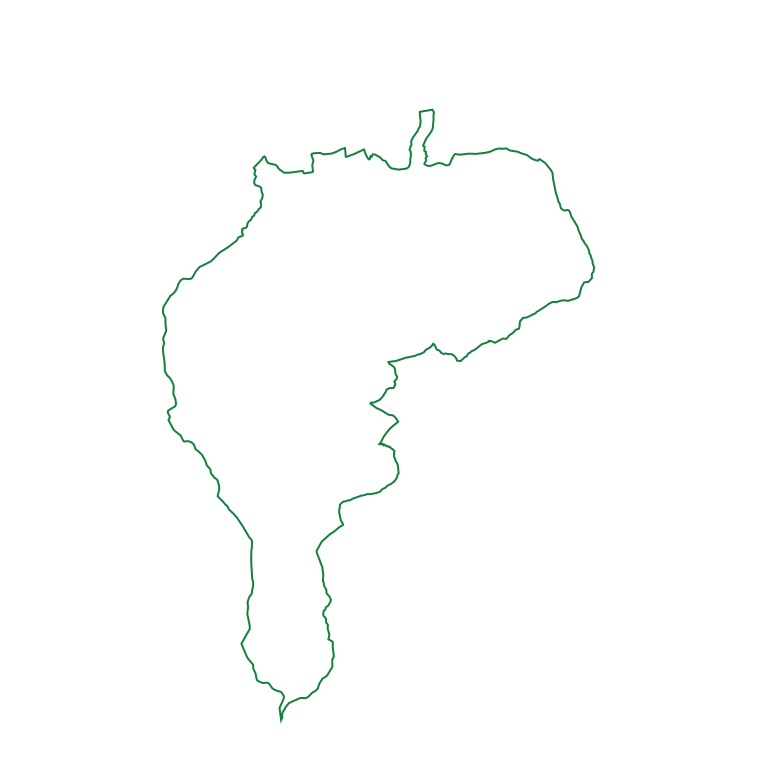 Ciucea, Cluj, Romania (Equal Earth projection), rotated 334°
{"feature_id": "2599482B63586839383412", "entity_name": "Ciucea", "entity_type": "district", "adm_level": 2, "iso_a3": "ROU", "parent_name": "Romania", "parent_adm1": "Cluj", "projection": "equal_earth", "projection_center": [22.834, 46.944], "detail": "fine", "context": "isolated", "style": "outline", "palette": "green", "viewbox_px": 768, "rotation_deg": 334, "n_neighbors": 0, "source": "geoboundaries", "source_scale": "gbopen_adm2", "svg_char_len": 6166}
<svg xmlns="http://www.w3.org/2000/svg" viewBox="0 0 768 768"><g transform="rotate(334 384 384)"><path d="M617.6,379.8L618.0,378.2L619.4,375.9L621.5,374.9L624.1,371.0L624.3,367.2L625.4,364.8L625.3,363.2L626.1,358.9L625.8,356.3L626.6,354.9L626.8,351.9L626.8,348.7L626.0,345.0L626.1,342.9L625.4,340.6L626.0,336.6L626.2,331.0L626.9,327.2L625.8,315.7L626.5,310.6L626.2,308.9L625.6,308.3L622.6,307.3L621.3,306.3L620.0,303.5L621.0,299.3L620.7,296.7L621.6,292.7L622.1,288.1L625.7,274.3L627.9,268.3L627.9,265.4L625.9,256.3L622.5,250.2L621.7,250.1L620.2,250.8L616.9,247.8L615.6,246.2L612.8,240.8L608.1,236.4L606.3,234.1L599.3,229.1L597.4,226.0L593.2,224.3L590.8,222.8L586.4,221.8L581.6,221.8L575.9,220.5L567.8,217.6L561.6,214.3L552.8,211.2L548.8,208.5L547.5,208.8L543.0,212.0L539.9,214.9L538.0,215.6L535.6,214.6L533.2,211.7L530.7,209.7L528.5,209.0L521.8,208.4L519.5,207.5L517.6,205.7L516.8,203.9L517.2,203.3L520.0,201.5L520.3,199.3L522.7,198.1L522.2,196.0L523.5,193.7L522.6,192.7L522.6,191.8L524.5,188.5L523.6,187.1L523.8,186.7L529.3,182.1L536.2,178.4L538.7,176.7L540.4,174.8L544.5,168.0L546.3,164.1L548.0,161.8L547.8,158.7L535.6,155.1L533.8,158.8L532.3,163.5L530.0,167.3L528.6,168.7L526.8,169.6L525.9,170.9L517.8,175.3L514.6,178.1L513.5,181.1L512.2,181.9L509.7,184.6L509.8,187.2L508.5,190.2L506.2,193.4L504.4,197.0L502.0,199.3L500.4,200.0L498.4,200.2L491.1,197.7L485.2,193.4L484.0,191.0L483.1,184.2L481.0,182.3L479.9,178.7L476.4,173.6L474.6,172.7L472.6,174.2L472.4,173.4L471.7,173.3L469.7,175.7L468.8,175.4L468.3,173.5L468.3,169.3L468.8,164.4L457.9,164.2L449.4,163.3L449.4,162.3L451.0,158.8L452.3,154.8L448.7,154.2L442.6,154.4L437.8,153.9L430.2,151.0L428.2,148.6L426.9,147.8L421.8,145.8L420.1,145.5L419.1,146.5L418.6,152.0L415.5,155.8L413.3,162.0L412.1,162.1L404.7,159.8L404.2,158.9L404.6,157.3L404.1,156.8L390.3,152.1L386.8,150.2L383.9,144.9L383.3,141.1L382.7,139.6L378.3,136.1L376.5,134.2L376.3,130.7L376.8,128.6L376.3,127.0L375.3,127.0L372.0,128.8L361.8,132.5L361.6,133.4L362.3,135.0L359.4,138.7L360.0,141.5L357.1,143.9L355.9,145.5L355.3,146.9L355.7,149.0L358.3,151.3L359.6,154.0L358.2,157.6L358.1,160.6L356.2,163.5L352.7,166.0L352.5,168.2L350.6,171.3L348.0,171.9L345.9,173.3L342.9,173.9L340.9,175.8L338.7,176.0L336.8,177.8L333.0,179.0L331.9,179.7L329.5,182.7L328.0,183.1L324.9,182.4L324.2,182.9L324.1,183.9L322.9,185.1L322.6,186.2L322.8,187.8L321.9,188.8L317.5,188.3L314.6,190.5L303.7,192.7L293.2,193.9L285.8,196.8L281.9,197.9L269.5,198.0L263.9,200.4L259.1,203.9L257.3,204.8L255.1,204.4L249.9,201.4L247.6,201.5L246.0,202.0L242.7,204.2L240.4,206.7L237.7,208.8L234.6,210.2L230.7,211.1L219.8,217.8L217.1,221.9L216.5,223.5L216.4,229.2L214.1,233.7L211.6,240.7L205.7,245.9L204.8,248.2L204.3,251.1L201.7,253.8L199.7,257.8L196.1,268.9L192.7,276.3L192.8,280.9L194.2,284.8L194.5,287.6L194.5,292.1L193.8,294.3L190.3,300.6L189.8,306.5L188.3,310.9L186.5,312.5L178.8,313.2L177.9,313.6L177.0,315.5L177.3,317.9L177.1,319.6L176.2,320.7L174.5,321.8L174.8,332.3L175.4,334.3L178.7,341.3L178.7,347.4L179.4,348.3L181.6,348.9L183.5,350.0L185.6,352.4L186.6,355.1L186.0,359.9L187.5,362.8L189.3,367.7L189.8,373.9L189.1,379.3L190.5,384.8L189.4,388.1L189.4,389.5L190.2,391.8L190.3,393.5L192.0,396.5L192.1,398.5L190.9,403.9L189.8,406.4L185.9,411.0L185.3,412.1L187.9,419.7L188.6,423.0L189.7,425.0L189.6,428.6L191.8,434.5L193.3,439.8L194.8,451.2L195.7,462.9L196.5,465.4L196.6,467.1L193.7,472.8L191.4,476.2L186.6,485.8L180.1,501.5L179.7,504.4L177.9,508.1L174.9,511.8L173.5,514.2L169.3,516.6L165.8,520.2L163.8,525.3L160.4,530.6L157.5,541.8L156.1,545.2L142.0,554.9L141.2,568.9L141.5,571.6L143.3,578.9L141.7,582.7L141.7,587.7L140.5,591.8L140.1,594.3L140.9,596.2L144.1,599.8L147.7,601.0L149.3,602.7L150.2,608.3L151.5,610.7L153.4,612.9L156.5,615.6L157.2,620.1L156.8,621.6L155.6,623.1L148.1,629.4L144.2,641.0L146.4,639.2L147.4,636.6L149.4,634.3L152.5,632.5L153.4,631.5L158.7,629.1L170.2,629.4L172.2,629.9L175.6,631.9L178.7,632.0L184.3,630.0L187.5,629.8L190.9,628.8L194.5,625.0L199.5,621.9L204.9,621.2L213.6,615.6L216.7,609.0L219.5,606.9L222.4,598.5L224.8,593.6L224.5,592.3L222.1,589.1L224.9,585.6L226.2,579.0L228.1,575.7L227.4,573.1L228.9,569.8L228.8,568.0L228.0,565.9L228.3,564.4L230.2,561.6L232.6,560.8L233.7,559.4L237.4,558.4L241.0,555.7L241.7,554.4L241.8,550.9L240.6,547.2L242.0,543.2L241.7,539.2L242.8,535.6L242.7,534.3L245.7,529.1L248.2,521.9L249.7,505.8L250.4,504.3L258.9,498.4L269.6,495.3L273.5,494.9L281.1,493.1L285.1,492.8L285.7,491.8L285.4,487.3L286.0,486.2L286.0,485.0L287.4,480.0L288.7,477.2L290.0,475.8L291.3,473.3L292.8,472.6L296.0,471.8L298.3,472.7L300.4,472.7L301.9,473.5L306.3,473.4L314.5,474.4L318.6,475.5L320.4,475.5L323.4,477.0L328.6,478.5L333.2,479.1L336.1,477.8L339.4,477.8L342.5,476.9L346.4,476.9L350.9,476.0L354.2,474.0L356.6,471.4L358.0,470.7L360.7,463.5L361.1,461.1L360.7,458.0L361.1,456.8L361.3,453.5L363.1,449.8L364.0,448.9L363.1,446.1L362.1,444.8L361.7,443.0L360.7,442.6L360.5,441.8L359.5,441.4L359.4,440.7L358.5,440.3L358.0,438.8L356.8,439.0L356.1,437.6L356.6,437.2L356.4,437.0L354.0,436.6L353.4,436.0L355.3,435.2L360.4,431.4L364.7,429.0L370.9,426.3L380.2,424.1L379.6,419.2L378.4,416.3L374.6,413.6L370.0,406.3L366.7,402.3L363.2,395.6L364.1,395.0L366.7,396.2L372.9,396.4L377.2,394.8L382.1,391.8L384.0,390.0L385.3,390.3L387.3,390.0L390.1,391.6L391.8,391.5L392.4,390.4L394.1,389.3L394.3,386.4L397.7,384.9L399.0,383.2L398.8,379.9L400.4,375.5L400.4,374.1L400.0,372.1L397.4,367.7L397.6,366.2L405.6,368.7L414.9,369.9L424.0,372.3L426.8,372.3L430.2,373.0L434.0,372.9L436.6,371.6L441.2,371.4L444.1,370.5L445.9,369.4L446.6,370.8L446.5,375.6L447.1,377.0L448.6,378.4L449.0,381.1L450.8,383.2L452.7,383.5L455.0,385.4L458.1,387.0L459.6,389.9L460.2,392.6L459.9,395.1L463.0,397.0L468.9,395.1L470.1,395.5L473.1,393.5L474.8,393.6L476.9,392.9L480.8,393.0L489.4,391.1L494.1,391.8L497.4,391.9L497.4,391.4L499.5,392.7L501.9,395.6L510.7,395.2L513.8,397.1L517.6,395.3L523.1,394.4L526.0,393.0L529.5,393.5L531.1,391.6L533.6,387.4L537.8,385.5L541.7,386.8L551.0,386.8L552.5,386.2L563.5,385.0L567.6,384.1L571.7,384.2L574.7,385.9L580.2,386.8L582.9,387.9L586.0,390.0L593.4,391.1L596.8,391.1L598.1,390.2L603.8,383.6L608.5,380.4L612.7,381.8L617.6,379.8Z" fill="none" stroke="#15803d" stroke-width="2"/></g></svg>